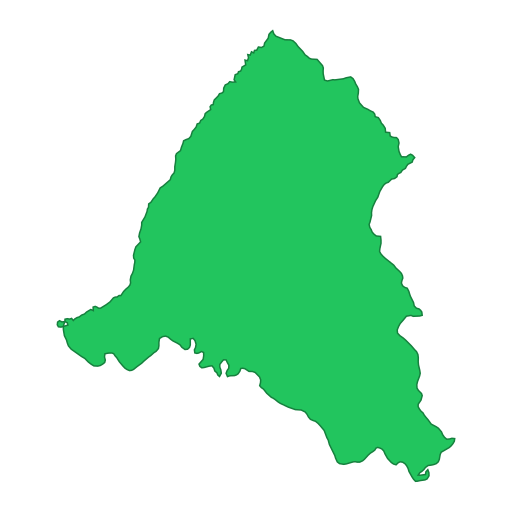 outline of Urucuia, Minas Gerais, Brazil
{"feature_id": "56859067B5271560558977", "entity_name": "Urucuia", "entity_type": "district", "adm_level": 2, "iso_a3": "BRA", "parent_name": "Brazil", "parent_adm1": "Minas Gerais", "projection": "robinson", "projection_center": [-45.578, -16.022], "detail": "fine", "context": "isolated", "style": "filled", "palette": "green", "viewbox_px": 512, "rotation_deg": 0, "n_neighbors": 0, "source": "geoboundaries", "source_scale": "gbopen_adm2", "svg_char_len": 6021}
<svg xmlns="http://www.w3.org/2000/svg" viewBox="0 0 512 512"><path d="M65.0,319.2L64.9,321.6L67.3,322.7L67.9,325.1L63.3,326.5L63.4,329.7L64.4,335.7L66.5,340.0L67.3,342.9L68.4,345.8L71.1,349.1L81.4,356.4L84.9,358.5L88.3,362.0L91.0,364.1L93.9,365.9L97.8,366.1L100.3,365.5L102.7,364.1L104.7,362.5L105.3,360.1L104.5,357.0L104.9,353.8L108.3,353.1L111.8,353.0L113.7,353.7L115.2,356.0L116.7,357.6L119.3,361.7L122.9,366.0L125.1,368.3L127.2,369.6L129.6,370.6L131.7,370.3L133.6,369.4L136.9,366.7L141.7,363.2L143.9,361.1L148.8,356.9L150.7,355.6L153.9,352.7L156.0,351.4L158.4,348.6L158.9,345.8L158.9,342.2L159.5,338.5L162.6,336.6L165.6,336.1L168.2,337.1L170.7,339.3L172.9,340.9L177.4,343.2L180.0,344.8L181.9,347.3L185.0,349.5L187.6,349.2L189.5,347.4L190.3,344.9L190.3,338.9L193.2,338.4L195.0,340.6L196.1,344.3L195.5,347.6L194.4,349.8L194.8,352.9L196.8,353.4L198.7,353.0L201.5,351.5L203.6,352.5L203.7,355.7L203.1,359.4L199.0,364.1L199.9,366.4L201.8,367.8L204.2,367.5L209.0,366.2L211.9,365.8L213.9,368.1L214.8,371.0L216.9,372.8L217.8,375.0L219.5,376.5L221.3,373.2L220.8,369.8L219.8,367.2L219.8,364.4L221.7,361.9L223.5,359.8L226.1,359.9L227.4,362.7L228.9,365.3L228.7,368.3L227.2,370.4L226.1,373.3L227.5,376.6L229.7,375.8L234.5,375.6L236.3,375.0L238.1,373.8L239.9,371.1L240.7,368.5L242.6,368.2L244.9,368.7L249.0,371.4L252.6,371.5L255.2,372.5L259.5,376.9L260.7,379.9L260.5,382.7L259.7,385.7L261.3,387.6L263.5,389.1L266.7,393.2L271.3,397.3L273.0,398.1L275.1,399.5L277.9,401.8L280.2,403.3L288.2,407.1L295.3,409.6L301.2,410.0L305.2,412.0L307.1,414.4L308.4,416.9L310.4,419.3L313.1,420.5L315.5,421.3L318.0,423.3L320.3,425.8L324.2,430.5L326.9,437.7L328.2,440.0L329.4,444.5L334.8,455.5L335.6,458.2L337.3,461.9L339.5,463.6L343.7,464.3L346.3,463.9L353.1,461.9L355.2,461.7L357.1,462.1L359.8,462.1L362.6,460.8L364.5,459.2L368.1,455.2L370.4,453.1L372.7,451.7L374.8,450.1L376.0,448.1L377.7,447.4L379.8,448.0L381.9,449.0L383.8,451.0L385.0,453.9L387.6,458.5L391.3,462.5L393.5,464.0L396.1,464.8L398.0,462.9L400.0,461.8L402.7,462.2L405.2,463.9L406.8,466.0L408.1,468.5L409.0,471.5L411.9,476.7L413.6,479.3L415.5,481.3L417.4,481.2L420.0,480.6L425.0,479.9L427.1,478.9L429.0,475.8L428.9,472.7L427.8,469.7L425.9,471.8L425.5,474.5L420.3,475.2L418.2,475.1L419.8,472.7L421.7,471.5L423.9,469.5L425.4,467.5L428.1,465.5L431.8,465.0L433.9,464.5L436.3,463.6L438.3,461.8L439.3,459.4L440.2,454.4L441.2,452.2L449.3,447.5L451.2,445.8L452.9,443.7L454.3,441.3L454.7,438.6L451.9,438.3L449.5,439.0L446.7,439.2L444.4,437.2L442.6,434.6L441.5,431.9L438.4,428.2L436.1,426.7L431.2,424.1L428.0,419.7L426.0,417.4L424.2,415.1L423.0,412.9L420.9,411.1L419.2,408.7L418.1,406.6L418.2,404.2L421.0,400.1L422.2,395.6L421.5,393.5L418.4,390.4L417.0,388.1L416.8,384.7L417.5,381.6L419.6,376.0L420.2,373.3L419.7,370.1L418.5,365.0L418.2,361.8L418.3,357.7L417.9,354.5L416.5,351.6L414.9,350.0L411.3,345.8L405.6,340.1L403.2,338.0L399.9,335.7L397.5,333.1L397.2,329.9L398.6,326.4L400.2,323.5L403.2,320.1L406.4,316.2L411.0,315.4L413.2,316.3L419.7,316.0L422.2,315.3L421.8,312.0L420.6,310.3L419.0,308.9L416.4,308.2L414.2,305.9L413.5,302.5L410.4,296.3L409.7,294.3L408.8,291.3L407.2,288.2L404.7,287.4L402.6,285.8L401.4,283.1L401.9,280.6L402.8,278.1L402.5,275.9L401.4,273.4L399.6,271.4L395.8,267.9L393.8,265.2L385.3,258.4L382.9,256.2L380.9,253.9L379.6,251.6L379.8,248.9L381.0,243.3L381.0,240.2L380.6,236.4L376.3,236.0L373.9,234.1L372.1,232.0L371.2,229.7L369.8,227.4L369.1,224.4L370.0,222.0L371.6,215.5L371.5,212.6L371.9,209.8L372.8,206.7L375.6,200.6L377.8,197.2L379.8,191.5L382.6,186.6L384.3,184.4L386.2,183.0L388.3,182.3L391.6,179.1L394.6,178.5L397.0,176.7L397.4,174.5L399.1,173.3L400.8,172.5L402.4,170.1L405.4,168.4L406.5,166.2L407.9,164.3L412.2,162.1L412.9,159.8L414.7,157.6L412.5,155.2L410.6,154.2L408.6,155.2L406.4,156.9L401.5,156.8L400.2,154.4L399.0,151.4L398.2,146.7L399.0,143.0L398.2,139.5L396.5,137.6L393.9,137.5L392.0,137.0L390.2,136.0L389.7,132.6L385.6,132.2L385.2,128.3L383.2,125.1L381.3,123.1L380.3,120.5L378.3,117.6L375.2,116.7L374.7,114.1L373.2,112.1L370.3,110.8L367.8,109.3L363.5,107.4L359.5,102.9L357.9,98.7L357.7,96.4L358.3,93.2L358.5,89.4L357.4,86.8L355.6,83.8L354.7,81.4L353.0,78.6L350.7,76.9L346.1,77.8L343.3,78.8L334.8,79.9L332.9,79.7L327.5,81.0L324.5,80.1L323.2,73.8L323.1,70.9L323.3,68.0L322.5,65.6L317.1,59.4L311.6,59.1L309.4,58.3L307.3,56.4L305.1,54.9L302.7,51.4L298.0,46.5L295.9,43.5L293.1,40.9L290.5,39.9L285.0,39.8L275.9,36.2L273.8,33.8L272.7,30.7L270.9,32.1L269.0,34.3L268.2,38.2L264.6,43.1L264.0,46.1L261.5,47.5L258.4,47.0L256.7,50.2L254.5,50.4L253.7,52.9L251.5,51.8L250.2,55.1L247.8,54.6L248.5,57.8L247.5,60.7L245.0,60.1L245.7,64.9L242.0,67.1L241.6,69.2L240.6,71.1L238.5,71.7L237.8,73.7L235.2,74.7L234.1,79.7L235.6,81.9L232.6,82.2L229.7,81.7L228.0,83.7L225.3,84.9L223.7,88.1L223.5,91.7L221.8,93.1L219.5,93.7L218.1,96.1L214.3,99.9L213.5,102.3L213.2,104.6L211.3,105.0L210.1,106.7L210.7,109.6L206.8,112.2L205.2,113.6L204.5,116.5L202.8,119.1L200.7,120.5L199.6,123.1L197.2,123.9L196.1,127.1L194.0,129.7L192.4,131.4L190.8,136.4L188.8,138.6L186.0,139.6L183.6,140.8L183.0,143.4L181.5,147.1L180.5,150.6L176.5,153.6L175.6,155.9L175.8,159.2L175.5,162.3L174.8,166.7L174.8,170.2L174.1,172.9L172.2,175.0L171.0,177.0L170.3,179.7L163.0,186.1L160.2,187.9L157.7,192.9L154.9,197.0L153.4,198.6L150.9,202.3L148.7,203.9L148.5,207.3L147.4,209.1L147.1,211.3L145.0,216.9L141.7,222.4L141.7,225.1L141.0,228.9L139.6,232.9L138.9,236.6L139.9,239.2L140.6,241.9L135.9,246.8L134.9,249.6L133.5,255.3L133.7,258.0L134.9,260.1L134.8,262.4L134.3,264.6L133.6,270.1L132.5,273.3L131.0,276.1L130.3,279.9L130.6,282.9L129.9,285.1L128.3,287.1L125.8,289.2L123.6,291.5L120.9,295.6L119.1,295.5L117.1,297.0L115.2,297.1L113.4,297.9L109.9,302.0L105.9,304.9L100.5,308.2L98.6,308.2L96.9,307.1L95.2,306.4L93.1,307.1L93.3,310.6L90.8,309.5L86.6,312.0L84.5,314.0L81.6,315.1L79.3,316.9L77.0,317.6L74.7,319.0L73.3,320.5L71.6,318.4L69.6,319.1L67.3,318.7L65.0,319.2ZM64.9,321.6L61.9,321.9L59.5,320.7L57.6,322.1L57.3,324.8L58.4,326.8L61.0,327.1L63.3,326.5L64.0,323.9L64.9,321.6Z" fill="#22c55e" stroke="#15803d" stroke-width="1.5"/></svg>